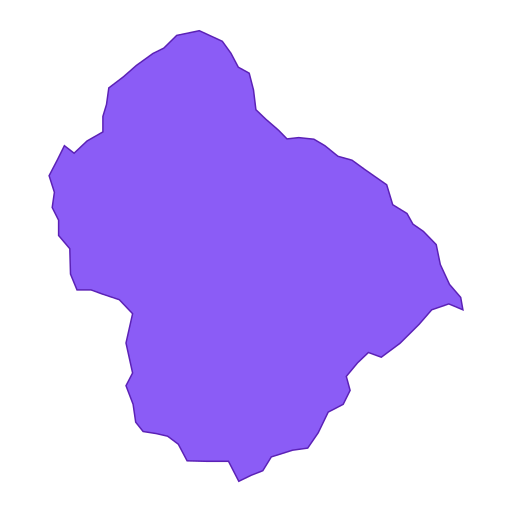 the district of Torre de Pedra, São Paulo, Brazil
{"feature_id": "56859067B31349975422395", "entity_name": "Torre de Pedra", "entity_type": "district", "adm_level": 2, "iso_a3": "BRA", "parent_name": "Brazil", "parent_adm1": "São Paulo", "projection": "mercator", "projection_center": [-48.213, -23.25], "detail": "fine", "context": "isolated", "style": "filled", "palette": "violet", "viewbox_px": 512, "rotation_deg": 0, "n_neighbors": 0, "source": "geoboundaries", "source_scale": "gbopen_adm2", "svg_char_len": 1091}
<svg xmlns="http://www.w3.org/2000/svg" viewBox="0 0 512 512"><path d="M126.0,385.7L133.1,404.3L135.7,422.2L143.1,431.5L156.4,433.6L167.6,436.2L178.3,444.2L187.1,460.8L206.6,461.3L228.5,461.3L238.8,481.3L251.1,475.3L262.8,470.7L271.3,456.9L292.5,450.2L307.7,448.1L318.2,432.8L328.2,412.1L343.2,404.3L350.1,390.4L346.3,376.4L357.5,362.9L368.4,352.5L381.3,357.2L400.1,343.2L419.1,324.3L431.7,309.8L448.8,303.9L462.9,309.8L460.7,297.4L449.5,284.4L440.3,264.5L436.2,244.6L423.4,231.4L412.9,224.1L407.0,213.5L392.7,204.7L386.7,184.8L364.8,169.5L352.0,160.2L338.0,156.3L324.9,145.7L313.9,139.2L298.7,137.6L287.0,138.9L278.7,130.4L265.9,119.3L255.9,109.7L253.5,90.0L249.2,73.2L238.3,67.2L230.9,53.2L222.3,41.3L199.3,30.7L176.7,35.4L163.8,48.1L152.9,53.5L136.4,65.4L123.4,76.8L108.8,87.9L106.5,104.5L102.9,116.4L102.9,131.9L87.0,141.0L74.1,153.2L64.4,145.7L57.5,159.6L49.1,175.7L54.4,192.3L52.2,207.5L58.6,220.2L58.6,235.5L69.8,248.7L70.5,274.1L77.0,289.9L91.0,289.9L102.2,294.0L119.3,299.7L132.6,313.7L126.0,343.0L132.6,373.0L126.0,385.7Z" fill="#8b5cf6" stroke="#5b21b6" stroke-width="1.5"/></svg>